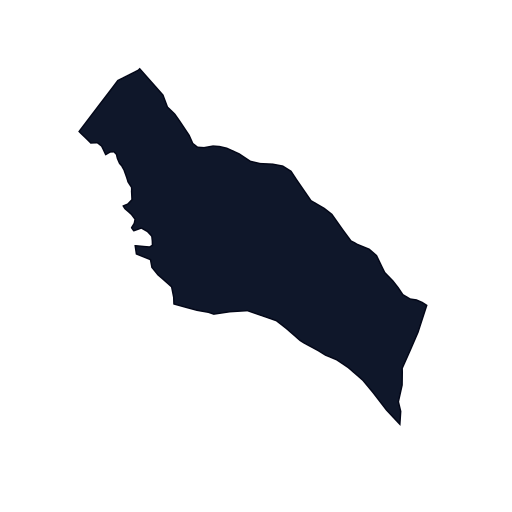 outline of Kogi, Kogi, Nigeria, rotated 308°
{"feature_id": "59680162B62255786160615", "entity_name": "Kogi", "entity_type": "district", "adm_level": 2, "iso_a3": "NGA", "parent_name": "Nigeria", "parent_adm1": "Kogi", "projection": "natural_earth1", "projection_center": [6.814, 8.13], "detail": "fine", "context": "isolated", "style": "filled", "palette": "ink", "viewbox_px": 512, "rotation_deg": 308, "n_neighbors": 0, "source": "geoboundaries", "source_scale": "gbopen_adm2", "svg_char_len": 2921}
<svg xmlns="http://www.w3.org/2000/svg" viewBox="0 0 512 512"><g transform="rotate(308 256 256)"><path d="M322.2,420.9L321.7,415.5L320.1,409.4L317.0,404.0L315.9,395.5L318.5,387.6L320.6,379.2L322.2,367.6L324.9,362.0L330.5,350.7L331.0,341.0L327.4,328.3L327.1,325.5L326.3,321.6L330.0,308.3L335.5,290.1L335.5,280.4L333.4,265.3L341.2,240.5L344.3,231.4L343.3,221.7L338.6,212.6L331.3,202.3L327.1,193.2L326.1,179.9L322.9,166.6L319.8,159.9L316.2,154.5L309.4,148.4L308.9,147.7L305.7,143.0L305.7,136.9L309.9,129.0L315.1,113.3L317.7,104.8L317.9,103.4L318.8,94.5L325.5,83.6L331.9,49.1L330.0,48.9L313.0,40.9L309.2,39.1L298.1,39.3L278.9,39.5L248.9,39.9L248.4,39.9L245.2,40.0L244.8,43.3L244.1,50.3L243.4,56.1L243.4,56.4L243.6,56.5L245.3,58.5L247.4,61.0L247.6,61.2L247.6,61.5L247.6,66.4L247.6,66.7L247.5,66.9L246.1,69.8L243.5,74.9L243.4,75.1L243.6,75.2L246.2,76.2L246.9,76.5L247.7,76.8L247.8,76.9L248.1,77.0L248.3,77.1L250.6,79.8L250.7,80.0L250.2,83.4L250.2,83.6L250.0,83.8L248.7,85.3L247.8,86.5L247.6,86.7L247.5,86.9L246.5,88.7L245.1,91.3L245.0,91.5L244.9,91.8L244.9,92.0L244.8,92.7L244.7,93.0L244.5,94.3L244.5,94.5L244.4,94.8L244.0,95.6L243.7,96.3L243.0,98.0L242.6,99.0L242.4,99.4L242.2,99.6L239.5,103.9L237.9,106.4L237.7,106.6L237.5,106.9L237.0,107.7L236.4,108.5L235.8,109.3L235.7,109.5L235.5,109.9L235.5,110.1L235.1,111.1L234.7,112.2L234.0,114.3L233.9,114.7L233.7,115.2L233.6,115.4L233.6,115.5L233.3,115.9L231.7,117.2L230.8,117.9L230.7,117.9L230.4,118.1L230.2,118.3L226.4,121.6L224.3,123.4L224.1,123.6L223.9,123.6L218.1,123.0L217.9,123.0L217.7,122.9L216.2,122.0L213.9,120.7L213.7,120.6L213.6,120.8L212.7,123.4L212.7,123.6L212.6,123.8L212.4,128.5L212.2,131.0L212.2,131.8L212.1,132.1L212.1,132.3L210.6,137.9L210.6,138.1L210.4,138.2L209.5,138.7L209.1,138.8L208.2,139.3L207.9,139.5L207.3,139.7L207.2,139.8L206.9,139.9L206.7,140.0L204.9,140.2L203.1,140.4L202.7,140.4L202.2,140.5L201.9,140.5L201.7,140.6L201.6,140.8L200.7,143.9L200.7,144.2L200.9,144.3L204.7,146.7L207.3,148.3L207.5,148.7L208.5,155.4L208.5,155.7L208.4,156.0L207.9,159.2L207.7,160.5L207.5,161.2L207.5,161.4L207.5,161.5L207.4,161.7L207.3,161.9L204.5,164.6L204.3,164.8L204.1,165.0L201.8,166.9L201.4,167.2L201.1,167.5L200.9,167.6L200.7,167.8L200.5,167.7L197.7,166.7L197.4,166.4L197.3,166.2L196.9,165.6L196.6,165.1L195.0,162.7L189.9,154.7L189.7,154.5L184.1,160.4L184.0,160.5L188.2,175.1L186.6,176.9L182.9,181.1L182.9,181.4L180.9,190.0L180.8,190.5L180.6,195.2L179.8,208.1L179.8,208.4L179.7,208.6L172.7,216.7L172.5,216.9L172.3,217.0L167.9,220.7L167.7,220.9L172.8,233.2L176.9,242.9L179.4,247.6L182.4,253.2L184.2,258.5L196.0,269.7L207.7,282.9L211.5,294.0L217.6,311.9L217.6,315.6L217.6,324.7L216.6,342.8L217.1,347.7L219.7,362.8L220.7,371.9L223.9,383.4L224.9,397.3L223.9,416.7L220.5,432.2L215.0,453.6L212.8,467.6L212.0,472.9L222.6,465.7L228.8,457.9L244.2,450.6L254.6,442.7L257.5,440.3L276.8,435.5L295.6,430.6L322.2,420.9Z" fill="#0f172a" stroke="#020617" stroke-width="1.5"/></g></svg>